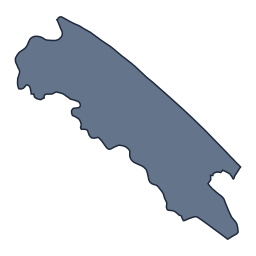 Phu Vang, Thừa Thiên - Huế, Vietnam
{"feature_id": "81297802B31894177777214", "entity_name": "Phu Vang", "entity_type": "district", "adm_level": 2, "iso_a3": "VNM", "parent_name": "Vietnam", "parent_adm1": "Thừa Thiên - Huế", "projection": "robinson", "projection_center": [107.696, 16.453], "detail": "fine", "context": "isolated", "style": "filled", "palette": "slate", "viewbox_px": 256, "rotation_deg": 0, "n_neighbors": 0, "source": "geoboundaries", "source_scale": "gbopen_adm2", "svg_char_len": 5097}
<svg xmlns="http://www.w3.org/2000/svg" viewBox="0 0 256 256"><path d="M41.8,99.2L42.0,98.8L42.3,98.5L42.6,98.4L43.2,98.4L43.7,98.3L44.1,98.1L44.2,97.7L44.2,97.2L44.1,96.6L44.1,96.3L44.3,95.9L44.6,95.3L45.0,94.7L45.3,94.4L45.5,94.4L46.4,94.2L47.1,94.1L48.0,94.1L49.3,94.1L50.0,94.0L51.3,94.1L51.9,94.0L52.5,93.8L53.1,93.5L53.8,93.0L55.1,92.5L55.8,92.1L56.3,92.0L56.7,92.0L57.6,92.3L59.1,92.6L59.3,92.7L60.9,93.1L62.0,93.5L63.0,93.8L63.6,94.2L64.7,94.9L66.7,96.4L67.5,96.8L68.2,97.4L69.4,98.3L70.4,99.1L71.5,99.4L72.8,99.7L74.1,100.0L76.1,100.8L77.1,101.1L77.7,101.4L78.1,101.5L79.1,102.3L79.8,103.2L80.1,103.8L80.3,104.6L80.3,105.4L80.2,106.0L79.8,106.7L79.5,107.3L79.2,107.5L78.8,107.6L77.2,107.9L75.3,108.1L73.9,108.2L73.4,108.3L72.9,108.7L72.5,109.1L72.0,109.9L71.7,110.5L71.5,111.4L71.5,111.8L71.8,113.8L72.2,114.9L72.5,115.4L72.8,115.7L73.8,116.0L74.9,116.5L75.7,116.9L77.5,118.1L78.4,118.7L79.1,119.3L79.5,119.9L80.1,121.0L80.6,122.1L81.1,124.0L81.2,125.1L81.1,125.8L80.7,126.6L80.6,126.9L80.6,127.7L80.7,128.3L80.9,128.7L81.2,129.0L81.7,129.3L83.0,129.3L84.5,129.3L85.3,129.4L85.7,129.5L86.2,129.6L86.6,129.8L86.9,129.9L87.2,130.2L87.5,130.7L88.0,131.8L88.4,132.9L88.7,133.8L88.9,134.6L89.4,135.5L90.1,136.4L90.5,136.8L90.9,137.2L91.4,137.5L91.5,137.6L91.5,137.8L92.3,137.9L93.6,138.1L94.0,138.2L95.1,138.0L96.6,137.7L97.4,137.5L98.1,137.5L98.5,137.6L99.2,138.1L100.2,139.3L101.8,141.0L104.8,145.2L106.6,147.7L108.0,148.8L109.1,149.3L109.8,149.2L111.5,148.6L113.3,147.5L117.5,145.7L118.7,145.2L120.4,145.3L123.0,145.8L124.5,146.3L126.5,147.3L128.9,149.5L129.7,150.9L129.8,151.7L129.8,152.0L129.7,154.6L129.8,156.3L130.3,158.0L131.2,159.6L132.0,160.6L133.2,161.7L134.7,162.7L139.1,164.7L142.0,166.0L143.7,167.1L145.9,169.2L146.5,170.4L147.2,172.3L148.0,175.8L148.3,177.2L148.7,179.5L149.5,181.3L150.3,182.6L150.8,182.9L151.9,183.7L153.3,184.3L156.1,185.1L157.8,186.3L160.0,189.1L161.9,191.5L162.8,192.9L163.5,194.3L164.5,197.8L165.1,199.4L166.4,201.8L166.7,203.0L166.8,203.8L166.5,205.9L166.4,207.1L166.6,207.9L167.0,209.2L167.9,210.1L169.8,210.4L171.9,210.6L173.3,210.8L174.0,211.1L174.8,211.5L176.0,212.4L177.6,213.7L178.4,214.6L179.3,215.2L179.6,215.3L180.3,215.5L181.0,215.7L181.2,215.9L181.5,216.3L182.1,218.2L183.0,220.0L183.2,220.4L183.4,220.6L183.7,220.7L184.0,220.7L185.5,220.1L188.7,218.7L190.7,218.0L193.7,217.0L194.7,216.7L195.6,216.7L196.3,216.8L197.4,217.1L198.2,217.6L199.3,218.4L202.2,220.4L203.6,221.4L208.7,225.1L213.8,228.9L218.9,232.6L224.0,236.4L227.7,239.2L229.1,238.3L232.6,236.2L236.4,234.0L237.0,233.6L237.6,232.9L237.8,232.6L238.0,232.3L238.1,232.0L238.0,230.7L237.7,227.8L237.2,225.6L236.8,224.0L236.2,222.9L235.8,222.1L233.4,219.3L232.3,218.0L231.5,217.0L230.8,215.5L229.6,213.0L228.8,211.2L226.1,204.7L225.0,201.9L224.3,199.9L223.5,198.4L222.6,197.3L221.5,196.2L220.8,195.7L219.2,194.5L216.1,192.0L212.4,188.8L211.5,187.9L210.6,186.9L210.1,186.4L208.1,183.8L208.0,183.7L210.2,180.5L210.6,179.9L210.7,179.6L210.7,178.8L210.7,177.1L210.5,175.4L212.9,175.5L213.0,174.5L213.2,173.9L213.7,173.4L214.6,172.7L216.8,172.1L218.2,172.0L219.0,172.2L220.0,172.4L220.4,172.5L220.9,172.3L221.6,171.6L222.6,170.1L223.1,170.5L224.2,170.9L225.1,171.3L226.3,171.9L228.6,173.2L229.6,173.7L230.2,174.3L231.0,175.6L231.5,176.2L232.0,176.8L232.3,177.5L232.5,178.1L232.9,178.5L233.3,179.0L233.7,178.7L233.8,178.5L234.1,177.9L234.2,177.4L234.8,175.9L235.4,174.8L236.0,173.9L237.0,172.5L238.5,170.1L239.7,168.2L240.4,167.3L240.6,167.0L239.1,165.4L236.0,162.4L232.9,159.0L230.9,157.1L227.4,153.3L226.2,152.1L220.0,145.7L213.9,139.5L204.8,130.1L199.8,125.3L199.4,124.9L191.6,117.3L182.5,108.8L172.5,99.8L171.2,98.6L166.1,94.1L161.7,90.2L153.1,82.6L146.5,77.2L142.5,73.4L136.3,67.6L131.4,63.3L127.9,60.6L121.7,55.8L115.5,50.6L114.2,49.5L110.1,46.2L107.9,44.8L100.2,39.6L99.3,38.9L98.2,38.0L95.5,36.1L94.2,35.1L93.1,34.4L92.5,33.9L91.8,33.3L90.9,32.7L90.3,32.3L90.0,32.1L88.0,31.0L82.8,28.1L81.9,27.4L80.9,26.8L80.3,26.4L79.1,25.8L78.9,25.6L75.0,24.0L70.3,21.7L62.2,17.2L61.1,16.8L60.2,16.9L59.0,17.3L58.2,18.2L57.7,19.2L56.8,19.7L57.8,21.4L58.8,23.9L59.8,26.2L60.4,27.9L61.5,30.3L62.2,32.0L62.3,32.9L62.3,34.0L62.1,35.1L61.8,36.0L61.1,37.1L59.9,38.2L58.9,39.2L57.8,39.8L56.0,40.3L55.5,40.4L53.9,40.5L52.0,40.4L51.7,40.4L48.2,40.2L47.1,40.1L46.1,39.9L45.0,39.4L44.1,38.9L42.6,37.8L41.5,37.3L40.4,36.9L38.8,36.5L36.9,36.3L35.3,36.3L33.4,36.7L31.3,37.8L29.9,39.3L28.8,41.6L28.5,42.1L28.0,43.4L27.6,44.4L27.1,45.5L26.3,46.7L25.1,48.2L23.9,49.1L21.4,50.8L19.3,52.3L18.2,53.6L17.0,55.3L15.7,57.7L15.6,57.9L15.5,58.2L15.4,58.3L15.4,58.5L15.4,59.9L15.4,60.9L15.9,62.8L16.7,64.5L18.1,67.8L19.3,70.0L19.6,71.2L19.5,72.9L19.0,74.7L17.7,78.6L17.5,82.8L17.7,85.2L18.4,87.8L18.8,88.7L19.1,88.8L19.6,88.9L20.4,89.0L21.9,88.8L23.5,88.1L24.8,86.8L25.6,85.8L26.0,85.3L26.7,85.0L26.9,85.0L27.4,85.1L28.7,85.5L29.6,86.7L30.3,88.5L31.0,91.8L31.2,94.0L34.0,94.2L34.0,94.5L33.9,95.0L34.0,95.5L34.1,96.0L34.3,96.5L34.5,96.9L34.7,97.2L35.0,97.4L35.7,98.0L36.6,98.6L37.6,98.9L38.7,99.2L39.3,99.4L40.2,99.6L40.7,99.6L41.0,99.6L41.3,99.4L41.5,99.3L41.8,99.2Z" fill="#64748b" stroke="#1e293b" stroke-width="1.5"/></svg>